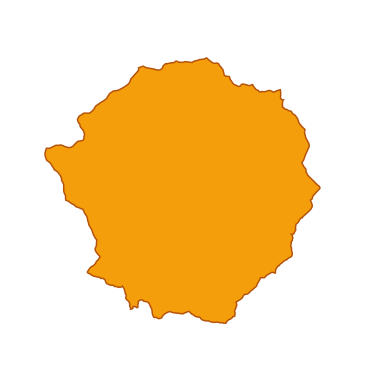 Tseza, Daga, Bhutan (Natural Earth projection), rotated 71°
{"feature_id": "84629894B57914849969567", "entity_name": "Tseza", "entity_type": "district", "adm_level": 2, "iso_a3": "BTN", "parent_name": "Bhutan", "parent_adm1": "Daga", "projection": "natural_earth1", "projection_center": [89.809, 27.158], "detail": "fine", "context": "isolated", "style": "filled", "palette": "amber", "viewbox_px": 384, "rotation_deg": 71, "n_neighbors": 0, "source": "geoboundaries", "source_scale": "gbopen_adm2", "svg_char_len": 5989}
<svg xmlns="http://www.w3.org/2000/svg" viewBox="0 0 384 384"><g transform="rotate(71 192 192)"><path d="M83.0,271.2L83.5,273.7L83.8,274.3L85.8,276.5L87.9,276.9L90.6,276.4L91.9,276.0L93.4,276.4L94.7,276.2L98.2,274.8L99.2,274.8L100.4,274.7L102.7,274.9L104.5,276.1L106.8,277.0L107.4,277.9L107.6,279.0L107.4,281.0L106.9,282.9L107.6,285.2L108.7,287.4L110.0,289.6L110.3,291.8L110.1,293.8L108.1,296.9L105.3,299.9L104.7,301.3L104.3,303.4L103.5,305.5L104.3,312.3L103.6,314.6L103.2,315.4L107.3,318.3L109.3,318.9L111.8,319.2L114.4,319.1L116.0,318.2L118.4,316.6L123.7,315.3L126.0,315.0L128.1,313.4L129.2,312.6L130.6,312.0L131.8,311.8L133.7,311.1L134.9,311.0L137.0,311.0L138.6,311.5L142.0,310.9L143.5,311.0L149.4,313.0L152.1,313.1L153.8,312.7L154.6,312.9L157.4,313.8L158.7,314.0L160.2,312.1L161.6,311.1L163.7,309.7L165.8,307.6L166.8,307.2L168.2,306.4L170.3,303.7L171.9,302.1L172.9,300.7L176.8,300.4L179.8,299.7L181.7,299.4L184.1,299.7L185.9,300.0L187.0,299.8L187.9,299.9L188.5,300.2L190.5,300.1L191.5,299.8L192.7,299.5L193.5,299.5L194.8,299.1L199.0,299.1L200.1,299.1L204.5,298.4L206.0,297.6L212.0,300.1L213.7,301.8L215.0,302.5L217.3,302.2L220.6,301.2L221.8,300.5L222.9,300.1L223.5,300.1L224.5,301.6L225.4,302.4L226.5,305.0L227.7,306.0L228.8,307.7L229.6,309.4L229.8,311.3L230.9,313.7L233.1,316.4L233.4,316.9L234.2,317.1L235.6,316.0L236.4,314.8L237.7,314.2L238.8,313.2L240.9,310.3L242.5,307.5L243.3,306.6L244.0,306.3L244.3,305.7L244.4,304.7L246.2,303.1L246.9,302.8L247.8,302.9L249.4,302.8L250.7,302.6L251.1,302.2L251.9,301.2L253.5,299.6L253.9,298.3L254.5,296.9L256.1,296.0L256.6,295.0L257.0,293.7L257.7,293.2L258.3,292.5L258.4,291.3L258.8,290.2L258.7,289.0L258.4,288.4L261.8,287.6L263.2,287.8L264.5,287.7L265.0,287.8L266.0,288.2L267.5,287.8L268.0,287.7L268.6,288.0L270.3,289.0L270.7,289.2L271.2,289.2L272.8,288.7L273.9,288.0L275.3,287.4L276.7,287.2L277.7,287.4L278.4,287.3L279.0,287.9L279.8,288.1L281.8,287.9L282.9,288.3L283.0,287.2L282.7,286.1L282.4,285.6L282.0,285.4L281.5,285.4L281.2,285.0L281.3,284.7L281.5,283.8L281.9,282.9L282.3,282.5L283.1,282.2L283.3,281.9L283.5,281.0L283.3,280.7L282.9,280.5L282.0,280.3L280.8,279.8L280.2,279.3L279.5,278.9L278.2,278.6L277.8,278.2L277.5,276.7L277.2,276.1L277.8,274.4L278.2,273.8L278.6,273.5L279.4,273.3L279.6,273.1L280.0,272.4L280.5,271.7L280.9,270.4L281.2,270.1L282.1,269.6L283.1,268.9L283.9,268.8L284.2,268.8L285.9,268.7L286.3,268.5L286.6,268.4L287.6,268.5L288.8,268.3L289.2,268.2L289.7,268.2L291.5,268.5L294.4,269.2L297.7,269.0L298.0,268.8L298.5,268.1L298.9,266.8L299.1,266.5L300.5,265.2L300.9,264.7L301.1,264.0L301.2,263.1L301.0,261.4L299.8,260.5L298.8,258.5L298.1,256.8L298.0,255.5L297.7,253.4L297.9,251.8L299.7,249.4L300.7,247.8L301.3,246.2L303.4,242.2L304.3,239.7L303.9,238.4L304.0,237.3L303.7,235.2L304.0,233.9L305.3,232.8L307.0,232.3L308.8,230.5L309.5,230.2L310.4,229.6L312.0,227.4L312.9,225.6L313.6,225.1L315.3,224.6L316.2,224.0L318.1,221.4L318.8,219.9L319.1,218.5L320.6,216.9L322.3,214.0L323.1,210.9L324.5,208.3L325.1,207.3L325.4,205.6L326.3,204.9L326.9,203.2L326.9,202.2L325.8,201.3L325.3,200.4L324.7,198.7L324.7,197.1L323.8,194.7L323.1,193.9L323.4,192.2L322.0,191.3L320.2,190.6L319.0,190.6L318.1,190.4L316.6,188.8L315.5,188.0L314.4,187.5L314.1,186.8L312.7,186.3L310.5,186.2L309.3,181.0L308.5,179.0L307.2,177.6L306.0,176.1L306.0,175.5L306.3,174.5L306.5,172.6L305.7,170.4L304.7,168.7L304.4,167.4L302.0,161.6L300.3,160.4L297.7,157.4L295.4,155.0L296.6,151.3L295.3,149.0L294.5,146.0L294.5,144.8L293.9,143.5L294.3,141.7L295.7,139.9L295.7,139.5L293.7,138.7L291.9,137.5L290.0,134.7L290.0,133.7L288.8,131.8L288.2,129.8L287.5,128.3L287.0,126.6L286.8,124.1L286.3,123.3L285.8,121.9L285.6,119.8L285.1,118.6L283.4,117.3L278.7,116.7L277.4,116.1L275.2,116.3L272.3,114.6L271.7,114.5L270.6,113.3L270.3,112.8L269.1,112.3L268.0,111.5L266.8,111.5L264.9,111.1L264.4,111.5L264.7,110.3L264.5,109.2L263.0,107.8L261.6,106.2L260.5,106.1L259.4,105.8L258.2,105.1L256.4,104.2L255.7,102.5L255.0,101.1L253.3,99.4L252.7,98.4L251.9,96.3L252.2,96.1L251.6,95.5L248.4,88.0L247.0,85.3L245.0,83.1L243.7,82.6L240.6,82.5L239.2,82.6L238.4,82.8L238.0,82.6L238.0,82.3L237.6,80.6L235.6,79.4L234.9,78.5L233.8,76.4L233.0,75.2L230.5,70.3L229.7,69.6L228.1,69.8L225.7,71.4L221.5,73.3L218.2,75.0L213.8,77.1L209.9,77.6L207.6,76.9L204.7,77.9L200.4,78.7L197.6,75.6L194.6,73.3L187.0,66.3L184.4,65.7L177.6,66.8L171.8,66.1L169.8,64.8L165.7,66.9L161.6,68.3L157.0,68.3L153.5,69.3L152.3,70.0L150.9,71.3L148.0,71.9L146.8,73.8L144.7,75.7L143.8,77.2L142.9,77.5L141.0,78.8L140.4,78.4L138.7,78.1L135.7,76.7L134.8,75.9L134.6,75.6L134.0,76.7L133.0,77.6L131.5,77.7L130.3,77.0L127.2,75.9L125.5,75.5L124.1,75.2L123.9,76.9L123.9,79.3L124.2,81.0L123.9,82.8L122.5,84.0L121.2,85.5L120.9,87.3L121.0,88.6L120.9,90.2L120.7,91.4L120.0,92.6L119.7,93.4L119.7,95.1L119.1,95.7L118.5,96.0L117.5,96.2L117.3,96.7L116.5,97.7L114.8,98.6L113.3,99.0L111.9,99.6L110.5,99.6L110.0,100.0L110.2,101.7L110.1,102.8L109.7,104.0L108.4,105.6L106.6,108.4L106.3,109.8L107.5,112.2L107.5,113.0L107.1,114.1L105.9,115.1L103.6,117.6L98.5,119.1L97.3,119.2L95.2,119.1L94.8,119.5L94.1,121.1L93.3,122.2L93.1,122.8L92.5,123.3L91.3,123.4L87.6,123.0L86.1,123.0L82.8,124.1L81.8,124.6L79.2,125.2L78.2,126.4L77.5,129.3L76.9,130.1L74.3,132.0L72.2,133.3L70.6,134.1L69.9,134.7L70.2,135.8L70.2,137.6L69.2,142.0L69.4,143.5L69.0,146.9L69.3,148.7L69.6,149.7L66.6,155.8L66.5,157.3L66.2,159.2L65.0,162.2L64.1,163.0L63.1,164.3L63.1,165.1L63.7,166.4L63.8,167.4L63.5,168.1L63.1,169.9L62.8,171.8L62.7,173.1L62.5,174.1L62.1,175.4L63.5,178.3L64.0,178.8L65.0,179.4L65.6,180.3L65.9,181.2L66.0,183.2L65.9,184.0L65.2,185.4L63.0,188.5L61.5,191.3L60.7,192.6L60.1,193.9L59.3,195.1L58.1,196.3L57.1,197.2L57.2,202.2L58.5,202.4L59.9,203.5L65.2,213.0L67.4,214.7L68.2,215.5L69.3,217.2L70.6,221.5L71.7,227.6L71.6,230.3L70.9,233.5L71.3,235.0L71.6,236.1L72.2,238.1L73.2,239.2L74.3,240.8L75.3,241.6L76.1,243.0L76.9,245.4L77.5,248.3L79.2,254.6L79.8,255.6L81.8,257.9L83.1,260.4L83.9,262.4L83.8,264.4L82.6,267.2L82.3,269.1L83.0,271.2Z" fill="#f59e0b" stroke="#b45309" stroke-width="1.5"/></g></svg>